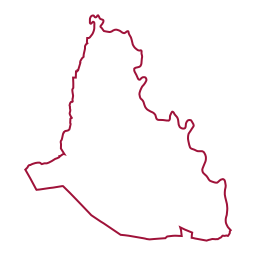 Cu Chi, Hồ Chí Minh city, Vietnam (Equal Earth projection)
{"feature_id": "81297802B99873561685500", "entity_name": "Cu Chi", "entity_type": "district", "adm_level": 2, "iso_a3": "VNM", "parent_name": "Vietnam", "parent_adm1": "Hồ Chí Minh city", "projection": "equal_earth", "projection_center": [106.516, 11.037], "detail": "fine", "context": "isolated", "style": "outline", "palette": "rose", "viewbox_px": 256, "rotation_deg": 0, "n_neighbors": 0, "source": "geoboundaries", "source_scale": "gbopen_adm2", "svg_char_len": 5738}
<svg xmlns="http://www.w3.org/2000/svg" viewBox="0 0 256 256"><path d="M128.4,31.6L128.2,31.3L127.7,31.2L127.2,31.3L126.4,31.8L125.4,32.6L124.6,33.0L124.3,33.1L123.9,33.1L122.5,32.7L120.0,30.9L118.9,30.4L117.4,29.9L116.5,29.7L115.7,29.7L114.9,29.8L114.5,29.9L113.1,30.5L111.6,31.5L110.7,31.8L110.0,32.0L109.3,32.0L106.8,31.6L104.3,31.1L103.9,31.0L103.6,30.6L103.1,30.0L102.0,28.4L101.7,28.0L100.7,27.1L100.5,26.7L100.5,26.4L100.6,26.0L100.9,25.6L101.8,24.5L102.4,23.7L103.2,22.2L103.4,21.6L103.4,21.2L103.4,20.8L103.4,20.4L103.2,20.1L102.8,19.8L100.8,19.1L100.4,18.9L100.1,18.7L99.8,18.4L99.5,17.8L99.0,16.7L98.4,15.7L98.2,15.4L97.9,15.4L97.5,15.5L96.7,16.7L96.3,17.1L95.7,17.3L95.2,17.3L94.7,17.0L93.8,15.7L93.4,15.5L93.0,15.5L92.6,15.5L91.8,15.8L91.1,16.3L90.6,17.0L90.3,17.7L90.0,18.5L89.9,19.5L89.9,22.1L89.9,22.8L90.2,23.4L90.5,23.6L90.8,23.7L91.0,23.6L91.3,23.5L92.6,22.1L93.0,21.8L93.3,21.8L93.9,22.1L94.1,22.4L94.3,22.8L94.4,23.9L94.3,25.9L94.3,28.1L94.2,29.0L93.8,30.7L93.3,32.1L92.7,33.5L92.0,34.6L91.2,35.6L89.9,37.3L89.2,37.8L88.7,38.0L87.2,38.0L86.9,42.3L87.4,43.3L86.0,44.3L85.1,46.0L85.0,46.4L85.0,48.4L84.8,49.6L83.8,54.0L83.6,55.4L83.6,56.8L83.5,57.0L82.6,57.7L81.9,58.5L80.7,60.5L80.4,61.1L80.1,62.3L80.4,62.7L78.1,70.3L77.4,70.2L77.0,71.4L76.0,71.4L75.8,77.6L73.1,77.6L73.3,83.1L73.3,87.6L73.2,88.1L73.0,88.3L72.5,89.2L72.3,89.9L72.5,92.0L73.0,95.1L73.1,95.9L72.9,97.1L72.8,98.0L72.5,98.9L72.5,100.0L72.7,101.1L72.7,101.4L72.5,101.7L72.2,101.9L71.2,101.9L70.9,102.1L70.4,102.7L70.0,103.6L69.6,105.1L69.6,105.7L69.9,106.3L70.0,107.3L69.9,107.8L70.0,108.5L70.2,109.4L70.3,110.1L70.2,111.2L69.9,112.3L69.7,113.1L69.7,113.8L70.0,114.7L70.3,115.4L71.2,117.1L71.7,117.6L71.8,117.9L71.6,118.1L70.9,118.2L70.6,118.4L70.4,118.7L70.2,123.0L70.3,123.3L70.6,123.8L70.6,124.2L69.6,128.7L69.3,129.5L68.1,130.4L66.7,130.8L65.3,131.0L63.9,132.1L63.9,132.6L63.4,133.0L63.0,134.1L62.1,138.3L61.7,139.7L61.5,140.1L61.0,140.8L60.8,141.3L60.7,142.1L60.9,143.4L61.0,144.0L61.0,145.2L60.9,148.5L64.4,154.1L63.8,153.9L63.2,154.1L61.7,155.0L60.4,156.0L59.3,156.1L59.3,157.2L57.2,158.2L55.2,158.9L51.9,161.0L48.8,162.6L46.9,163.3L44.5,163.3L41.8,164.1L41.3,163.8L40.2,162.9L39.3,162.6L37.4,162.7L35.5,163.0L32.9,163.8L31.4,164.4L30.4,165.0L29.2,165.1L27.9,166.4L27.8,166.8L27.5,167.5L26.3,168.6L26.3,168.8L25.3,169.6L30.2,178.2L36.2,189.4L36.5,189.8L39.6,189.5L49.7,188.0L53.2,187.6L62.3,186.1L62.8,186.1L63.1,186.2L70.2,193.2L81.7,205.1L91.3,215.2L93.8,216.9L100.8,221.6L103.6,223.3L120.6,234.8L123.5,235.1L124.6,235.2L128.5,235.7L143.7,238.3L145.6,238.7L146.6,239.0L148.8,239.3L149.7,239.4L152.9,239.1L158.1,238.7L165.1,238.2L165.3,238.2L166.8,236.8L167.2,236.5L167.7,236.4L173.0,235.8L175.2,235.7L181.7,236.0L181.0,230.1L180.7,228.9L180.2,227.3L184.9,229.6L192.2,232.6L191.8,235.3L191.7,237.8L193.1,238.0L195.1,238.5L206.6,240.6L207.5,240.3L208.7,239.9L210.1,239.6L211.5,239.2L212.5,239.0L215.5,239.2L217.4,239.1L217.9,239.1L218.2,238.9L219.9,237.9L220.8,237.5L221.2,237.2L222.3,235.9L222.6,235.7L223.3,235.7L224.0,235.9L224.6,235.9L226.4,235.5L226.6,235.5L226.9,235.6L227.3,235.8L227.7,235.9L228.0,235.9L229.1,234.3L229.7,233.2L229.8,232.9L229.8,232.3L229.8,231.6L229.9,231.3L230.2,230.7L230.7,230.2L229.2,228.6L227.9,227.1L227.3,226.0L226.6,224.6L226.1,223.4L225.8,222.2L225.7,220.6L225.7,219.5L225.8,218.5L226.1,217.1L226.7,215.1L226.8,214.5L227.2,210.5L227.3,208.4L227.2,207.0L227.0,204.7L226.8,203.5L225.3,197.4L224.8,194.6L224.8,192.2L225.0,189.8L225.6,187.1L225.7,185.4L225.0,181.4L224.6,180.3L224.2,179.8L223.8,179.5L223.3,179.2L222.8,179.1L221.7,179.4L220.8,179.7L219.8,180.4L217.8,182.2L217.0,182.7L216.0,182.7L214.5,182.4L212.3,181.7L210.5,181.0L209.8,180.6L209.3,180.1L208.6,179.2L207.8,177.8L206.6,176.1L203.6,173.3L202.9,172.4L202.5,171.3L202.3,170.0L202.3,169.5L202.6,168.4L204.1,164.7L205.4,161.6L205.7,160.5L205.9,159.1L205.9,157.3L205.8,156.5L205.3,154.8L204.8,153.8L204.0,152.4L203.6,152.0L202.5,151.3L201.6,151.2L198.5,151.2L197.4,151.1L196.2,150.6L194.4,149.7L191.8,148.8L191.3,148.6L190.6,148.1L190.0,147.3L189.2,144.8L188.4,141.2L188.1,139.5L188.0,138.5L188.1,136.1L188.3,135.1L188.5,134.1L188.8,133.4L190.5,130.9L191.9,128.7L193.0,127.1L193.5,126.3L193.7,125.6L193.5,124.6L193.3,124.0L191.6,121.1L191.0,120.3L190.3,120.1L189.5,120.0L188.3,120.2L187.8,120.5L187.2,121.1L186.6,122.0L186.0,123.4L185.8,125.0L185.7,126.4L185.4,127.5L185.1,128.0L184.7,128.3L183.9,128.6L182.4,128.5L181.5,128.2L180.3,127.5L179.7,126.9L178.9,125.1L178.7,124.6L178.1,119.9L177.8,118.8L177.4,117.8L177.0,117.1L174.6,114.3L173.7,112.6L173.1,112.0L172.8,111.8L172.5,111.7L172.1,111.8L171.6,112.5L170.8,114.1L170.3,115.2L170.0,116.1L169.9,118.8L169.6,119.7L169.2,120.2L168.7,120.6L166.5,120.5L162.9,120.0L158.7,119.9L158.0,119.8L157.3,119.5L156.5,118.7L156.2,117.9L155.4,115.1L154.7,114.1L153.5,112.9L152.0,112.1L150.6,111.5L148.0,110.0L146.9,109.2L145.6,107.6L145.1,106.7L144.3,104.6L143.6,102.2L143.0,101.0L142.8,100.7L142.0,99.7L140.8,98.7L140.3,97.9L139.9,96.7L139.4,94.2L139.6,92.7L140.4,90.2L141.5,87.8L142.2,86.5L143.9,84.6L145.3,82.6L146.3,80.6L146.4,80.0L146.4,79.5L146.2,78.7L145.7,77.8L145.5,77.6L145.2,77.4L144.5,77.2L143.0,77.2L141.8,77.8L141.0,78.5L140.3,79.4L139.7,79.7L139.2,79.7L138.4,79.2L137.9,78.4L136.4,75.0L135.0,72.4L134.6,71.6L134.3,70.7L134.2,69.9L134.3,68.9L134.3,68.6L134.8,68.2L135.8,67.7L138.4,67.1L139.6,66.7L140.5,65.9L141.1,64.7L141.4,63.6L141.8,58.9L142.1,57.1L142.1,56.3L141.9,55.1L141.6,54.0L141.5,53.2L141.6,51.5L141.5,51.1L141.4,50.7L141.1,50.5L140.8,50.3L140.4,50.4L139.8,50.5L139.1,50.5L138.3,50.3L137.6,50.0L136.4,49.1L135.1,48.0L134.0,46.7L132.8,44.6L131.8,40.4L131.4,38.9L130.9,37.4L130.4,36.5L129.5,35.0L128.8,33.5L128.7,32.9L128.6,32.4L128.4,31.6Z" fill="none" stroke="#9f1239" stroke-width="2"/></svg>